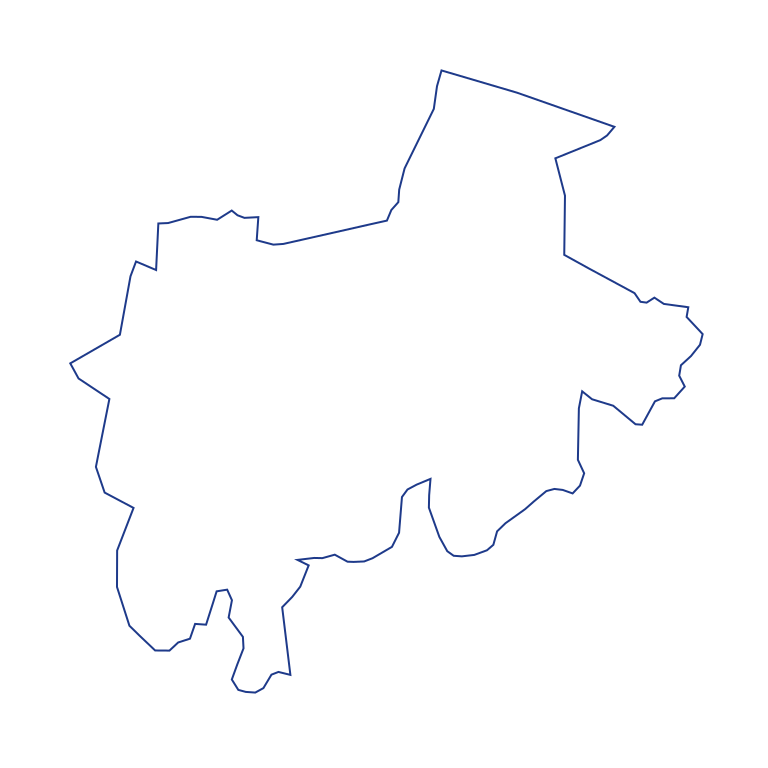 the district of Alexandria, Rio Grande do Norte, Brazil, rotated 4°
{"feature_id": "56859067B36887412896475", "entity_name": "Alexandria", "entity_type": "district", "adm_level": 2, "iso_a3": "BRA", "parent_name": "Brazil", "parent_adm1": "Rio Grande do Norte", "projection": "equal_earth", "projection_center": [-37.977, -6.367], "detail": "fine", "context": "isolated", "style": "outline", "palette": "blue", "viewbox_px": 768, "rotation_deg": 4, "n_neighbors": 0, "source": "geoboundaries", "source_scale": "gbopen_adm2", "svg_char_len": 1695}
<svg xmlns="http://www.w3.org/2000/svg" viewBox="0 0 768 768"><g transform="rotate(4 384 384)"><path d="M595.9,111.4L496.3,84.1L419.5,67.2L416.1,83.2L414.5,106.1L389.5,167.5L385.6,189.0L385.6,201.6L379.2,209.9L375.5,220.8L359.0,225.7L299.5,243.6L273.8,251.3L263.9,252.7L247.0,249.5L247.0,226.3L233.2,228.0L226.1,225.9L220.0,221.6L206.1,231.8L190.2,230.0L179.4,230.7L157.4,238.5L147.7,239.6L148.7,286.2L128.1,279.1L123.6,294.2L117.1,353.3L69.6,385.3L78.9,399.8L111.1,418.1L104.0,474.0L102.4,486.8L112.9,511.8L142.8,525.1L129.4,568.7L131.8,605.1L146.9,642.9L157.7,652.1L174.3,665.8L188.6,664.9L196.7,656.2L208.2,651.6L212.3,636.5L223.3,636.5L228.5,615.1L231.5,602.5L241.9,600.1L247.4,610.3L245.3,627.8L260.9,646.1L262.3,657.5L257.2,674.0L252.8,689.4L260.0,699.3L267.6,700.8L277.1,700.8L284.9,695.8L292.0,681.8L298.8,678.6L310.9,680.7L298.0,613.8L307.3,602.8L314.6,592.0L321.5,570.2L310.0,565.5L326.5,562.4L334.7,562.0L346.8,557.7L360.0,563.8L366.1,563.6L376.6,562.4L384.7,558.6L403.3,545.9L409.4,531.3L409.8,495.5L414.8,487.6L423.6,482.1L437.0,475.4L436.8,491.7L437.4,504.2L449.9,532.7L458.8,546.4L465.5,550.5L473.7,550.5L486.0,548.2L498.3,542.7L504.3,536.8L507.1,523.1L514.9,514.4L533.5,499.0L541.6,490.8L553.4,479.5L561.3,476.8L569.7,477.2L579.8,480.0L586.6,471.7L589.9,459.1L582.7,446.1L580.1,394.7L582.2,377.5L592.6,384.7L614.2,389.7L637.7,406.6L644.4,406.6L655.5,382.4L662.6,378.9L674.5,378.0L684.2,365.6L677.9,355.1L678.9,344.6L688.3,334.7L696.5,322.8L698.4,312.0L681.2,296.0L682.2,286.2L657.6,284.6L647.7,279.0L640.3,284.5L634.1,284.1L627.6,275.9L580.4,254.5L554.8,242.6L551.4,183.5L539.2,146.9L582.8,125.6L589.2,120.5L595.9,111.4Z" fill="none" stroke="#1e3a8a" stroke-width="2"/></g></svg>